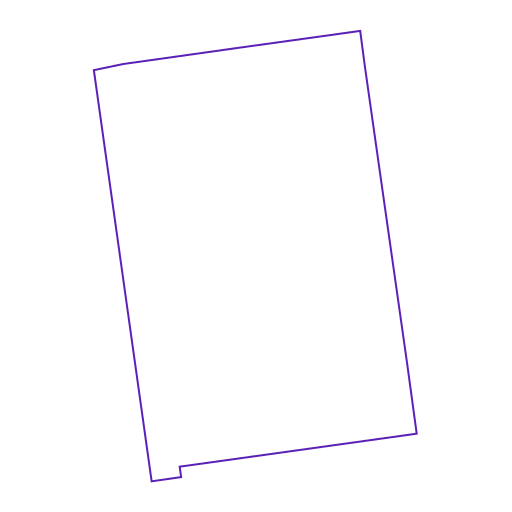 Keith, Nebraska, United States of America, rotated 82°
{"feature_id": "52423323B91748166692574", "entity_name": "Keith", "entity_type": "district", "adm_level": 2, "iso_a3": "USA", "parent_name": "United States of America", "parent_adm1": "Nebraska", "projection": "mercator", "projection_center": [-101.629, 41.2], "detail": "fine", "context": "isolated", "style": "outline", "palette": "violet", "viewbox_px": 512, "rotation_deg": 82, "n_neighbors": 0, "source": "geoboundaries", "source_scale": "gbopen_adm2", "svg_char_len": 292}
<svg xmlns="http://www.w3.org/2000/svg" viewBox="0 0 512 512"><g transform="rotate(82 256 256)"><path d="M454.3,121.6L383.1,121.3L84.2,121.8L47.6,121.5L47.4,241.1L47.4,360.8L49.4,390.7L464.6,390.7L464.5,360.9L454.0,360.9L454.3,121.6Z" fill="none" stroke="#5b21b6" stroke-width="2"/></g></svg>